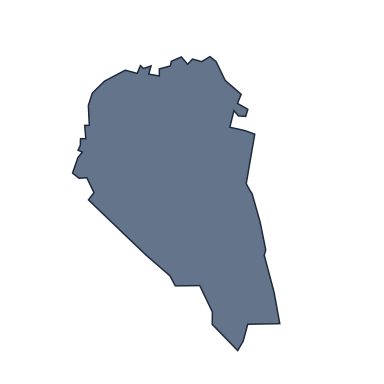 Clarendon, South Carolina, United States of America (Natural Earth projection), rotated 110°
{"feature_id": "52423323B77456184843444", "entity_name": "Clarendon", "entity_type": "district", "adm_level": 2, "iso_a3": "USA", "parent_name": "United States of America", "parent_adm1": "South Carolina", "projection": "natural_earth1", "projection_center": [-80.271, 33.688], "detail": "fine", "context": "isolated", "style": "filled", "palette": "slate", "viewbox_px": 384, "rotation_deg": 110, "n_neighbors": 0, "source": "geoboundaries", "source_scale": "gbopen_adm2", "svg_char_len": 878}
<svg xmlns="http://www.w3.org/2000/svg" viewBox="0 0 384 384"><g transform="rotate(110 192 192)"><path d="M285.7,64.5L258.3,80.5L226.7,102.5L221.2,102.9L197.1,117.6L173.1,134.9L170.1,138.9L165.6,143.9L116.2,152.8L116.2,163.1L118.2,178.6L101.2,180.4L104.6,174.4L102.6,167.4L95.2,167.8L93.2,179.6L83.4,179.2L75.8,199.0L61.2,214.0L58.6,221.4L66.2,227.5L66.9,237.0L73.5,239.8L68.7,248.2L76.3,256.2L80.9,255.4L87.5,264.8L94.2,262.4L96.0,273.0L87.5,273.6L92.5,279.8L90.9,283.7L99.3,284.1L100.4,296.4L117.7,312.1L133.2,319.5L146.1,319.0L164.5,311.3L166.1,315.6L178.3,310.0L180.0,315.0L186.4,312.9L191.7,313.4L192.0,308.7L198.7,311.0L215.1,310.7L217.7,302.8L214.6,295.7L226.1,283.9L234.8,286.6L257.5,235.3L267.2,213.1L278.3,184.1L285.9,175.6L277.3,152.7L297.8,131.8L309.5,127.7L325.4,94.8L314.6,92.9L297.2,94.4L285.7,64.5Z" fill="#64748b" stroke="#1e293b" stroke-width="1.5"/></g></svg>